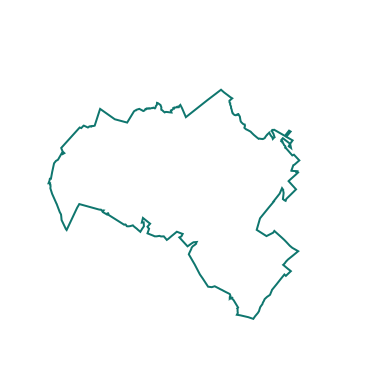 Colón, Querétaro, Mexico (Mercator projection), rotated 310°
{"feature_id": "50627088B94679660634187", "entity_name": "Colón", "entity_type": "district", "adm_level": 2, "iso_a3": "MEX", "parent_name": "Mexico", "parent_adm1": "Querétaro", "projection": "mercator", "projection_center": [-100.086, 20.75], "detail": "fine", "context": "isolated", "style": "outline", "palette": "teal", "viewbox_px": 384, "rotation_deg": 310, "n_neighbors": 0, "source": "geoboundaries", "source_scale": "gbopen_adm2", "svg_char_len": 5767}
<svg xmlns="http://www.w3.org/2000/svg" viewBox="0 0 384 384"><g transform="rotate(310 192 192)"><path d="M138.0,67.3L130.6,68.6L128.3,67.8L128.1,67.8L125.3,67.9L117.5,72.0L111.5,75.4L110.8,74.6L109.0,75.6L106.5,76.5L107.5,77.6L106.4,78.4L106.6,78.8L105.4,80.0L103.8,81.1L100.7,86.0L96.5,94.6L96.0,95.6L95.9,96.0L95.7,96.3L91.6,103.6L90.9,105.4L90.6,106.1L89.2,107.6L87.8,109.0L86.7,110.1L82.5,119.3L82.3,120.4L106.2,114.1L108.7,113.7L110.3,113.4L118.6,131.6L119.4,133.1L119.7,133.4L119.9,133.5L119.9,134.3L119.9,134.8L119.7,135.0L119.8,135.2L120.3,135.6L120.8,135.8L121.0,136.1L120.9,136.1L120.3,136.3L119.6,136.4L119.3,136.6L120.1,141.3L120.5,141.2L120.9,140.9L121.3,141.0L121.8,141.4L121.6,141.9L121.4,142.1L121.3,142.3L120.8,142.6L123.3,161.0L123.6,161.1L123.8,161.4L123.9,161.5L124.3,161.8L124.4,162.0L124.3,162.8L124.0,163.5L123.9,164.0L124.0,164.3L124.8,165.3L125.9,166.4L127.6,167.6L128.4,168.1L128.3,168.4L128.3,169.0L128.3,170.1L128.3,171.5L128.4,173.1L128.3,174.6L128.3,176.3L128.3,178.0L128.8,177.9L129.8,177.8L131.4,177.5L134.8,177.2L137.7,174.5L136.3,173.2L140.6,171.1L140.8,180.3L136.8,180.2L136.4,181.6L136.3,182.7L131.7,184.5L133.6,190.2L134.1,192.0L135.3,193.4L137.5,195.3L138.0,196.8L139.9,198.9L139.5,201.4L139.1,203.5L141.0,204.0L142.3,204.2L145.3,204.7L146.8,205.0L151.8,205.9L152.3,207.3L152.8,208.8L153.3,210.2L153.3,210.3L153.9,211.8L152.2,212.2L151.2,212.4L149.1,211.5L147.5,223.5L148.2,223.7L152.1,224.7L154.4,225.4L156.7,227.7L155.2,228.0L155.0,228.4L153.6,228.2L151.0,227.5L149.2,227.5L147.8,228.1L143.8,229.1L142.2,229.6L138.2,240.7L133.9,251.1L132.7,255.6L129.8,265.2L131.8,268.3L134.4,270.0L135.2,273.6L135.5,274.8L135.5,275.1L135.8,276.4L136.2,277.9L136.5,279.4L136.5,279.5L136.8,280.8L137.1,282.2L137.7,284.6L138.1,286.5L137.3,288.0L136.7,288.2L135.9,288.4L134.9,289.2L135.0,289.2L135.0,290.0L135.2,290.3L135.4,290.4L135.5,290.4L135.6,290.1L136.0,290.1L136.4,290.1L136.7,290.2L136.8,290.5L136.7,290.5L136.3,290.6L135.9,293.2L135.9,293.4L133.1,301.6L132.7,301.6L131.9,301.5L131.8,302.0L129.6,303.9L129.1,304.5L128.7,304.9L126.8,305.3L128.6,308.3L132.3,315.6L134.2,320.5L137.2,320.2L140.6,320.2L141.8,320.2L143.8,319.9L146.1,318.9L147.7,318.3L148.3,318.2L149.9,318.1L151.4,318.0L152.8,317.4L154.6,317.1L156.7,316.5L159.9,316.9L161.3,317.3L163.1,317.8L163.6,317.8L165.7,317.1L167.4,316.6L168.4,316.2L175.8,316.1L182.0,315.9L188.2,315.8L188.1,317.8L192.4,318.3L194.9,318.6L194.9,317.1L194.8,314.8L194.8,313.9L194.8,312.9L194.8,312.4L194.8,312.0L194.8,311.1L194.8,310.1L194.8,309.7L194.8,308.7L195.3,308.8L196.4,308.8L197.1,308.9L199.4,308.7L199.8,308.8L200.2,308.8L201.9,308.9L209.5,310.4L214.9,311.4L213.7,304.7L213.7,301.4L214.3,296.6L214.6,293.7L214.8,289.9L215.1,280.1L213.3,280.3L212.9,280.3L206.1,277.4L204.6,265.9L215.4,261.1L216.2,261.0L216.5,261.0L229.5,260.8L237.1,260.8L237.0,260.5L247.1,260.2L252.8,258.5L252.3,260.3L252.2,260.3L252.0,260.5L250.2,262.8L245.0,266.2L245.3,268.6L245.2,268.6L245.4,269.4L247.5,268.7L253.3,269.3L260.9,270.0L261.9,262.6L262.1,261.2L262.4,259.0L263.6,259.1L272.6,260.4L273.0,260.4L273.2,260.5L273.4,260.5L273.5,260.5L273.9,260.5L274.3,260.6L275.0,260.7L275.3,260.7L275.3,260.0L274.9,259.0L274.4,258.7L274.5,258.6L275.2,258.7L274.7,258.0L274.3,257.5L272.1,254.5L272.2,254.4L272.3,254.3L273.4,254.0L274.4,253.6L275.5,253.2L277.1,252.6L277.7,252.4L278.7,252.9L285.2,253.9L286.1,246.1L284.5,245.3L285.6,238.3L285.9,236.4L286.2,235.4L285.8,235.3L285.8,234.9L286.5,234.8L287.1,233.8L287.1,232.4L288.0,230.5L288.1,230.0L288.0,229.6L288.5,229.2L288.3,229.0L288.3,228.5L288.6,228.3L288.4,227.9L289.2,227.8L289.2,227.0L291.6,227.0L292.0,236.1L289.2,236.7L289.2,237.6L289.4,238.9L289.4,239.5L292.0,236.2L296.2,235.9L294.9,228.7L301.7,228.7L301.4,226.9L294.7,227.1L292.5,214.9L291.9,214.5L291.2,213.6L289.9,213.7L290.0,214.2L289.9,214.8L289.4,215.4L289.1,216.7L287.0,220.1L286.1,219.8L284.6,219.8L285.6,218.1L285.7,217.0L285.9,215.9L286.1,215.5L287.1,213.0L286.6,213.0L284.6,212.7L284.2,212.7L284.1,212.8L283.6,212.8L283.5,212.7L283.3,212.7L281.3,212.8L281.0,212.9L280.8,213.0L280.0,213.0L278.9,212.6L278.4,212.4L278.0,211.9L277.8,211.8L277.8,211.7L277.1,210.8L276.3,209.4L276.1,209.1L275.6,208.9L275.5,206.8L275.5,203.5L275.5,202.6L275.8,198.8L275.9,198.5L275.9,198.0L275.2,194.6L274.8,193.2L274.8,191.0L274.9,190.8L276.7,190.1L276.8,189.9L277.6,189.0L277.2,188.3L277.0,187.7L277.0,187.3L277.1,184.9L277.5,184.0L277.6,183.6L280.5,180.2L281.5,177.4L281.1,177.1L280.8,177.4L280.4,177.4L279.8,176.5L279.0,176.3L278.3,175.0L278.4,172.5L279.0,172.0L279.1,171.3L279.6,170.7L280.8,169.2L281.4,167.9L282.3,167.3L282.9,166.3L283.4,165.1L284.6,164.2L284.6,163.5L284.8,163.1L286.0,162.0L289.6,162.6L289.3,160.4L288.9,152.4L289.0,148.5L272.1,144.7L245.4,139.2L249.8,130.5L251.1,127.3L251.2,127.1L249.5,126.9L248.5,127.4L248.0,126.9L247.5,126.3L247.7,125.8L247.2,125.6L246.9,125.7L245.8,124.8L245.4,124.2L244.6,124.5L244.6,124.2L244.3,123.8L244.0,124.1L242.2,124.1L241.5,123.6L240.9,123.4L240.6,123.9L239.7,125.2L236.6,120.5L235.4,119.9L235.4,118.4L235.5,116.7L235.3,115.6L236.3,114.7L237.2,114.1L238.4,111.9L238.1,108.5L237.8,107.9L236.5,108.8L235.9,109.1L234.4,109.1L233.2,109.8L232.2,109.8L231.7,108.1L231.0,107.9L230.5,107.3L229.9,106.8L229.3,106.5L228.8,106.1L228.8,105.6L228.6,105.2L228.0,105.2L227.8,104.9L227.4,104.6L227.2,104.2L227.2,103.8L226.4,103.8L225.9,103.7L225.7,103.0L223.8,103.2L222.7,102.6L222.4,100.9L221.8,98.2L219.3,96.6L218.6,96.6L218.4,96.3L216.6,95.7L203.5,97.7L198.1,86.1L196.6,68.2L196.3,68.3L180.3,74.8L179.5,74.3L177.9,72.9L177.2,72.7L177.2,72.4L177.5,72.3L176.2,71.2L175.2,71.1L174.5,70.8L173.3,66.4L173.1,66.3L169.8,66.1L169.2,64.5L141.7,63.5L141.1,64.5L140.6,65.5L140.1,66.4L139.9,67.1L139.8,67.7L139.7,69.2L137.8,68.5L138.0,67.3Z" fill="none" stroke="#0f766e" stroke-width="2"/></g></svg>